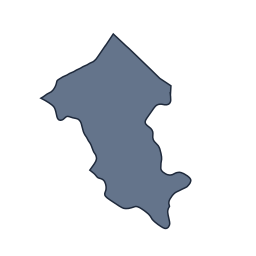 outline of El Llano, La Estrelleta, Dominican Republic, rotated 124°
{"feature_id": "3306468B67891946517614", "entity_name": "El Llano", "entity_type": "district", "adm_level": 2, "iso_a3": "DOM", "parent_name": "Dominican Republic", "parent_adm1": "La Estrelleta", "projection": "robinson", "projection_center": [-71.647, 18.809], "detail": "fine", "context": "isolated", "style": "filled", "palette": "slate", "viewbox_px": 256, "rotation_deg": 124, "n_neighbors": 0, "source": "geoboundaries", "source_scale": "gbopen_adm2", "svg_char_len": 2717}
<svg xmlns="http://www.w3.org/2000/svg" viewBox="0 0 256 256"><g transform="rotate(124 128 128)"><path d="M69.0,116.0L69.1,129.4L66.9,141.3L61.7,171.0L61.0,176.0L58.3,192.8L72.4,192.7L72.4,192.8L86.1,192.9L88.7,193.0L91.1,193.5L92.6,194.0L95.7,195.9L98.5,197.2L102.3,199.6L105.1,200.9L108.9,203.2L111.7,204.5L115.4,206.9L118.2,208.2L122.0,210.6L127.1,212.9L128.4,213.2L129.0,213.1L132.0,212.0L134.2,211.5L136.6,211.3L138.9,211.4L141.2,212.0L145.1,214.1L149.5,215.7L152.0,216.9L151.5,212.2L151.3,207.8L151.4,204.2L151.8,201.7L152.5,200.1L153.4,198.7L155.0,196.8L158.3,193.3L159.2,192.1L159.8,190.7L159.9,190.0L159.7,189.2L159.5,188.6L159.1,188.0L158.1,187.1L156.9,186.5L153.7,185.7L153.1,185.4L152.5,185.0L152.1,184.5L151.5,183.2L150.4,179.5L149.3,176.8L148.8,175.3L148.6,174.5L148.7,172.9L149.2,171.3L149.6,170.5L150.5,169.2L154.9,164.2L156.0,162.9L156.9,161.5L157.7,160.1L158.9,157.1L160.7,153.7L161.6,151.4L162.3,149.9L163.2,148.5L166.2,144.3L167.1,142.8L168.3,139.9L168.7,139.3L169.7,138.1L170.8,137.1L171.5,136.8L172.2,136.5L173.7,136.1L176.9,135.9L184.3,136.1L184.7,130.9L185.0,129.3L185.8,126.6L186.0,125.4L185.8,124.1L185.2,122.2L184.9,120.8L184.9,119.2L185.4,117.6L186.3,116.2L187.3,114.9L188.5,113.7L189.8,112.7L191.2,111.9L191.9,111.6L195.2,110.7L196.3,109.9L196.8,109.3L197.1,108.6L197.3,107.8L197.6,106.1L197.7,102.4L197.6,91.8L197.4,88.9L197.1,87.1L196.8,86.2L196.0,84.7L194.4,82.6L192.0,80.4L189.7,78.6L188.7,77.7L188.0,76.3L187.5,73.9L187.4,71.2L187.4,68.4L187.6,65.6L187.9,62.8L188.6,60.3L190.2,56.8L190.6,55.0L190.9,53.1L191.2,49.1L191.2,45.3L191.1,43.5L190.8,41.8L190.5,41.0L190.0,40.3L189.4,39.8L188.7,39.4L187.3,39.1L185.9,39.3L185.1,39.4L183.7,40.1L182.4,41.2L177.5,46.3L175.5,48.1L174.1,48.9L173.3,49.2L171.8,49.6L169.7,49.8L167.8,51.9L167.2,52.3L165.8,53.0L164.2,53.4L162.5,53.5L159.1,53.5L156.6,53.1L155.0,52.6L153.6,51.9L151.1,50.4L148.4,48.9L145.2,47.0L143.8,46.3L142.9,46.1L140.4,45.8L138.8,45.8L137.3,46.2L136.5,46.5L135.9,47.0L135.4,47.7L134.8,49.3L134.5,51.9L134.6,54.6L134.7,56.4L135.3,59.1L136.0,60.7L137.5,62.4L138.6,63.3L141.8,65.1L142.9,66.1L143.8,67.3L144.5,68.9L144.8,69.8L145.0,71.6L145.0,74.4L144.6,76.1L143.9,77.5L142.9,78.4L138.7,81.0L135.2,82.6L133.1,84.1L130.6,86.5L127.6,89.9L126.6,91.4L125.8,93.0L125.4,94.6L124.5,98.6L124.2,99.3L123.5,100.6L122.0,102.2L118.3,104.5L117.2,105.5L116.4,106.8L116.1,107.4L115.6,109.0L115.2,113.7L114.8,115.2L114.6,115.9L114.1,116.5L113.6,117.0L112.9,117.4L111.4,117.8L109.0,117.9L97.5,117.7L94.9,117.5L93.3,117.1L91.9,116.3L91.3,115.8L90.3,114.7L89.5,113.5L88.3,110.7L87.1,108.9L86.0,108.0L85.4,107.6L83.9,107.3L82.4,107.5L81.1,108.1L78.1,110.3L75.7,112.3L75.7,112.0L69.0,116.0Z" fill="#64748b" stroke="#1e293b" stroke-width="1.5"/></g></svg>